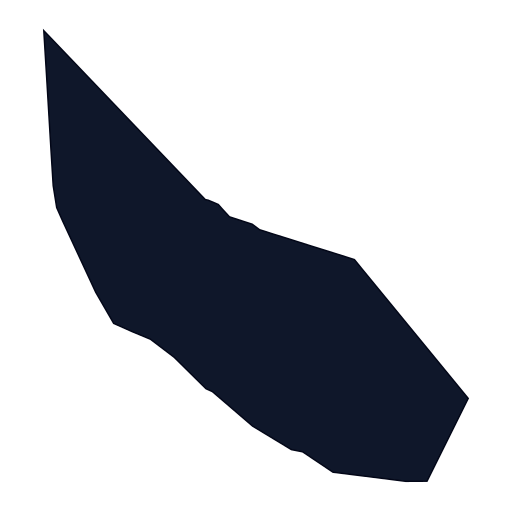 San Andrés Zabache, Oaxaca, Mexico (Robinson projection)
{"feature_id": "50627088B34708786687767", "entity_name": "San Andrés Zabache", "entity_type": "district", "adm_level": 2, "iso_a3": "MEX", "parent_name": "Mexico", "parent_adm1": "Oaxaca", "projection": "robinson", "projection_center": [-96.861, 16.605], "detail": "fine", "context": "isolated", "style": "filled", "palette": "ink", "viewbox_px": 512, "rotation_deg": 0, "n_neighbors": 0, "source": "geoboundaries", "source_scale": "gbopen_adm2", "svg_char_len": 661}
<svg xmlns="http://www.w3.org/2000/svg" viewBox="0 0 512 512"><path d="M43.8,30.7L46.5,74.7L51.0,150.1L53.2,185.7L56.7,207.6L62.6,220.9L95.7,292.2L113.7,323.4L132.6,331.8L150.4,339.2L174.1,357.2L206.0,388.7L212.4,391.6L252.6,426.1L291.4,449.6L302.6,451.8L333.0,472.2L364.4,476.1L405.6,481.3L427.0,481.2L468.2,398.4L360.9,267.6L355.8,261.3L354.4,259.6L345.6,256.8L332.6,252.7L316.0,247.5L315.3,247.3L307.0,244.7L296.0,241.2L289.4,239.1L282.0,236.8L273.3,234.1L268.3,232.5L265.9,231.7L259.5,229.7L252.2,224.2L243.8,221.5L229.4,216.8L221.9,208.6L218.3,204.5L208.2,200.2L205.3,199.6L200.9,195.0L43.8,30.7Z" fill="#0f172a" stroke="#020617" stroke-width="1.5"/></svg>